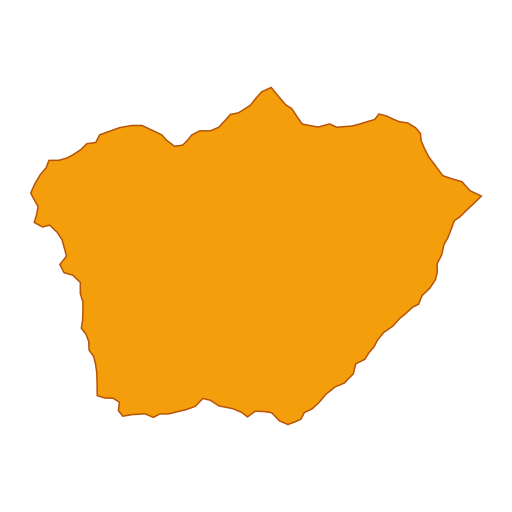 the district of Aurora, Santa Catarina, Brazil
{"feature_id": "56859067B27230834805142", "entity_name": "Aurora", "entity_type": "district", "adm_level": 2, "iso_a3": "BRA", "parent_name": "Brazil", "parent_adm1": "Santa Catarina", "projection": "albers", "projection_center": [-49.591, -27.33], "detail": "fine", "context": "isolated", "style": "filled", "palette": "amber", "viewbox_px": 512, "rotation_deg": 0, "n_neighbors": 0, "source": "geoboundaries", "source_scale": "gbopen_adm2", "svg_char_len": 1853}
<svg xmlns="http://www.w3.org/2000/svg" viewBox="0 0 512 512"><path d="M97.2,395.7L104.8,398.0L113.2,398.3L119.4,402.2L118.4,410.6L122.8,416.2L132.1,414.6L145.0,413.8L153.4,417.4L159.7,414.0L169.1,413.8L177.9,411.6L186.0,409.7L195.3,406.3L202.8,398.5L210.2,400.2L219.1,406.0L232.7,408.6L241.9,412.5L247.5,416.9L255.3,411.2L264.7,411.6L271.8,412.8L279.3,420.8L287.9,424.5L295.0,421.9L301.0,419.1L304.4,412.5L311.9,409.0L318.9,402.6L326.0,394.2L335.1,386.9L344.2,383.1L353.4,373.7L355.7,363.9L364.8,359.3L369.1,352.5L374.1,346.8L377.5,340.0L383.7,332.5L393.0,326.0L399.7,318.4L405.9,313.4L412.2,307.5L418.6,304.1L422.0,295.7L430.0,288.0L435.5,279.5L437.3,271.8L437.1,263.8L441.6,255.1L444.0,244.5L447.9,237.7L451.1,229.4L454.4,220.6L459.9,216.9L467.2,209.6L475.0,202.4L481.3,196.1L470.0,190.7L461.9,181.7L451.4,178.6L442.7,175.6L434.8,164.9L428.8,156.9L424.7,149.0L421.1,140.6L420.4,133.4L415.7,127.8L407.7,122.9L399.3,121.7L393.5,119.3L386.8,116.1L379.0,114.0L374.6,119.5L366.2,122.0L360.2,123.9L351.8,126.1L344.3,126.6L336.9,127.3L329.7,123.9L318.3,127.0L309.2,125.5L302.1,123.9L297.2,116.8L291.8,108.7L285.6,104.7L279.6,97.7L271.2,87.5L261.7,91.7L255.7,98.5L250.6,105.0L244.5,109.1L238.2,112.9L230.5,114.4L225.0,120.5L218.7,127.3L210.3,130.8L199.8,130.8L191.7,135.0L187.7,140.1L182.6,145.2L174.4,146.2L166.7,140.3L161.9,135.0L153.9,131.1L142.1,125.5L131.6,125.5L119.5,127.7L99.7,134.8L95.7,142.5L86.9,143.7L80.6,149.8L72.4,155.1L66.7,158.1L58.9,160.3L48.9,160.4L46.2,167.7L40.4,174.5L34.8,183.9L30.7,193.1L34.0,199.4L38.1,206.7L36.5,214.9L34.2,222.5L42.6,227.0L49.6,225.1L57.0,232.1L62.1,239.9L66.5,256.0L59.8,264.6L64.1,272.7L72.8,275.2L80.3,282.4L80.3,293.5L82.9,302.1L82.9,310.9L82.6,320.2L81.3,328.2L86.1,334.3L88.7,341.5L89.1,350.2L93.7,356.4L95.5,363.9L96.8,373.1L97.1,384.3L97.2,395.7Z" fill="#f59e0b" stroke="#b45309" stroke-width="1.5"/></svg>